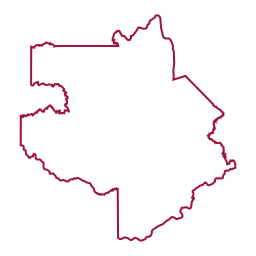 São Gabriel da Cachoeira, Amazonas, Brazil (Natural Earth projection)
{"feature_id": "56859067B34307291662166", "entity_name": "São Gabriel da Cachoeira", "entity_type": "district", "adm_level": 2, "iso_a3": "BRA", "parent_name": "Brazil", "parent_adm1": "Amazonas", "projection": "natural_earth1", "projection_center": [-67.662, 0.359], "detail": "fine", "context": "isolated", "style": "outline", "palette": "rose", "viewbox_px": 256, "rotation_deg": 0, "n_neighbors": 0, "source": "geoboundaries", "source_scale": "gbopen_adm2", "svg_char_len": 5776}
<svg xmlns="http://www.w3.org/2000/svg" viewBox="0 0 256 256"><path d="M141.3,240.6L145.0,239.3L146.2,237.4L147.1,236.9L149.3,236.7L150.9,235.3L151.7,233.5L151.9,231.3L152.5,229.9L158.5,226.0L162.9,224.1L166.4,220.9L168.6,219.8L171.5,217.2L173.5,217.2L176.1,218.9L177.2,219.1L179.0,218.2L180.7,218.0L181.8,217.2L182.4,216.5L182.5,215.4L181.6,213.3L180.4,212.0L180.3,211.2L181.9,207.6L183.4,207.7L186.1,207.2L189.3,208.6L190.2,208.5L190.9,207.6L191.4,206.1L191.6,202.4L192.6,200.3L193.9,198.8L193.7,197.8L192.3,198.2L192.1,197.8L193.5,194.2L193.4,193.1L192.7,192.0L192.6,191.2L192.9,190.7L194.5,189.9L196.3,188.1L198.2,187.2L199.8,185.8L203.0,184.7L204.7,182.6L205.9,182.6L207.7,184.9L208.6,185.3L212.4,183.9L215.0,181.5L214.9,179.7L216.0,178.4L216.5,178.2L217.8,178.7L219.2,178.1L221.2,178.5L222.7,178.1L223.4,174.9L224.6,174.0L224.8,171.3L226.1,170.5L228.3,170.7L229.0,170.4L230.3,168.9L231.3,169.3L232.6,169.1L233.0,168.6L235.3,167.9L235.3,164.7L234.7,162.1L233.6,160.5L232.8,160.4L232.5,161.0L231.9,161.1L230.7,160.4L229.7,161.8L229.5,163.5L228.9,163.9L228.1,163.5L227.3,164.2L226.6,161.2L225.1,158.8L224.6,159.2L225.3,158.5L225.6,156.9L224.7,156.7L224.4,157.3L223.5,156.7L225.4,154.4L224.8,153.8L223.3,153.3L222.8,153.4L222.7,154.1L222.4,153.8L223.0,152.8L223.0,152.4L223.6,152.2L223.5,151.2L223.9,150.5L223.4,149.4L223.7,147.5L223.4,147.0L222.5,146.5L222.0,145.4L221.3,145.1L221.4,144.5L220.5,143.0L219.8,142.7L219.0,143.1L216.9,143.0L215.5,141.9L215.0,142.7L214.5,141.6L212.6,140.7L212.1,139.6L211.2,139.0L210.2,139.3L209.4,138.8L209.5,138.2L209.0,137.4L208.5,137.3L208.6,136.4L207.9,135.7L208.2,135.4L208.8,135.7L209.7,134.4L209.6,134.0L210.1,134.2L210.9,133.2L211.8,133.2L211.9,132.6L212.5,132.5L212.8,133.0L213.1,132.9L212.8,131.4L213.3,130.1L213.9,129.8L213.6,129.1L214.0,128.9L214.5,129.3L214.7,129.1L214.7,127.9L214.3,127.7L214.5,127.3L214.0,126.7L214.3,125.2L213.5,124.2L213.8,123.6L213.7,122.6L214.2,122.4L214.0,121.8L214.6,121.0L214.9,121.2L214.7,120.8L215.6,120.5L215.7,119.7L216.3,119.4L216.9,120.0L217.7,118.2L218.7,118.3L219.2,117.5L220.0,117.6L220.7,116.8L221.0,117.1L221.4,116.2L222.2,116.1L223.2,115.4L222.9,114.6L223.4,114.5L223.5,113.4L222.9,113.3L222.4,111.9L221.3,111.4L221.0,110.5L219.2,109.2L217.6,108.6L216.2,106.7L215.5,107.0L213.3,105.4L213.2,104.3L185.4,75.9L173.4,79.7L173.7,77.5L173.4,70.2L174.2,63.2L173.8,51.5L172.8,48.9L173.0,45.9L171.6,41.9L169.9,39.0L169.0,38.5L165.4,38.4L163.6,37.4L163.2,36.6L161.1,28.2L160.2,17.7L159.2,16.2L157.9,15.4L155.7,15.5L154.8,17.5L150.1,20.6L149.5,21.5L149.2,23.6L147.7,24.8L146.6,27.8L146.0,28.5L143.3,28.7L139.3,27.5L138.3,27.6L135.7,31.9L133.6,34.7L132.4,35.7L130.8,36.0L131.2,37.9L130.9,38.5L130.3,38.8L129.9,39.8L129.4,40.1L127.7,39.9L124.1,35.9L121.8,35.8L121.0,33.7L120.4,33.3L120.0,32.0L119.1,30.8L118.2,31.3L117.8,30.9L116.9,31.2L116.1,32.3L115.6,32.2L113.8,34.3L113.3,37.2L112.7,38.3L112.6,40.3L114.3,40.1L113.7,42.2L114.1,43.5L115.0,43.5L115.9,42.7L116.7,42.8L117.6,43.6L117.1,44.6L118.1,44.9L118.3,46.0L65.5,45.9L54.9,46.1L54.4,46.4L54.4,45.8L52.7,44.5L51.4,44.0L51.1,44.3L50.5,44.2L50.2,43.8L50.0,44.3L49.6,44.1L49.6,43.5L49.2,43.9L46.2,42.4L45.4,43.2L42.3,44.8L41.9,45.7L41.4,45.3L39.5,45.7L39.5,45.0L38.6,45.2L38.0,44.9L37.7,45.2L36.4,45.2L34.6,46.5L34.2,47.6L33.7,47.3L32.3,47.6L31.9,47.3L32.1,46.9L31.2,46.6L31.1,84.6L31.9,85.4L32.8,85.5L33.3,85.3L34.2,83.6L35.2,82.9L36.5,82.5L37.0,82.7L38.0,82.1L38.3,84.7L39.4,85.1L40.1,84.4L43.4,83.4L44.4,84.4L45.5,84.8L47.8,84.9L49.3,84.4L51.6,84.7L52.1,84.8L52.2,86.2L53.2,86.5L55.1,84.0L56.1,84.4L58.1,83.9L58.9,85.4L59.5,85.5L59.8,85.9L61.0,85.8L64.1,89.1L64.2,89.7L63.3,90.6L64.1,91.3L65.8,92.1L66.3,92.9L64.9,93.7L65.2,95.5L65.9,95.5L67.7,97.0L67.4,98.5L66.2,98.5L66.2,99.9L66.9,101.0L67.2,102.6L66.9,103.7L66.4,104.0L65.8,103.8L65.1,104.6L65.1,105.6L67.3,107.4L68.8,110.6L68.7,111.4L67.8,110.8L65.4,110.2L64.8,110.5L64.2,113.2L63.7,113.0L62.4,113.4L62.1,113.0L61.0,113.1L60.0,113.4L59.3,113.3L60.0,112.4L59.6,111.4L59.9,110.8L59.1,110.6L57.9,111.6L57.1,111.2L57.1,111.9L56.2,112.8L55.7,111.9L53.6,109.9L53.6,109.1L52.2,107.9L52.1,107.0L51.0,106.6L50.5,105.5L49.9,105.4L49.0,105.9L48.4,106.8L47.5,107.1L47.1,107.6L47.2,108.6L45.5,108.5L45.5,109.2L44.2,110.0L44.0,111.2L43.5,111.2L43.4,111.8L42.0,111.4L40.8,109.6L39.6,109.3L39.1,109.6L39.0,110.4L37.7,111.0L37.3,112.5L36.5,112.7L36.0,112.2L32.9,115.2L32.7,114.6L31.8,114.1L31.5,114.5L30.9,114.3L28.9,115.0L28.5,114.6L27.5,114.4L26.9,115.7L26.1,116.3L24.8,115.9L24.6,115.3L23.1,115.3L23.5,115.9L23.3,116.7L22.3,117.2L21.9,116.9L21.7,116.1L20.8,116.0L20.7,145.3L22.4,145.5L23.5,146.2L23.8,147.1L23.7,149.0L23.9,149.7L25.1,150.0L25.6,150.6L26.1,154.5L27.9,155.9L29.1,157.9L30.0,157.9L30.9,156.7L32.8,156.5L33.5,154.2L34.0,153.8L34.7,154.0L35.6,155.3L35.5,157.3L36.1,158.9L37.6,159.6L39.8,159.4L40.6,159.9L41.3,161.0L43.5,162.6L43.5,167.2L44.2,168.8L45.0,169.4L46.7,169.6L48.8,170.9L49.5,171.6L49.6,173.3L50.1,173.8L53.0,173.3L53.6,173.7L54.2,174.7L55.4,175.6L56.4,177.9L58.7,178.6L59.9,180.3L61.4,180.5L63.4,179.9L65.4,180.7L66.5,181.5L68.7,181.3L69.3,180.2L71.4,179.2L73.0,179.4L73.2,178.8L74.0,178.4L75.6,178.6L76.8,177.9L78.9,178.4L81.8,180.0L82.7,180.8L84.3,181.0L86.0,182.2L90.3,183.5L91.7,186.4L93.0,187.4L94.0,189.0L94.3,191.0L94.7,191.7L97.1,193.5L97.3,193.3L97.8,193.9L99.3,194.4L99.6,194.0L100.5,194.6L100.9,194.2L101.6,194.6L102.6,194.3L104.4,194.8L105.7,193.2L107.6,193.1L108.2,192.3L108.6,192.4L109.7,191.3L111.4,190.6L111.4,190.1L112.1,189.8L112.5,190.2L112.7,189.3L113.5,189.8L113.9,189.3L115.3,188.8L115.5,189.2L116.6,189.2L116.9,189.5L116.9,189.0L117.3,189.4L117.7,189.2L118.1,238.0L119.8,239.0L121.8,238.9L123.2,237.9L125.0,237.4L127.7,238.1L130.6,240.1L132.7,239.5L133.9,238.3L135.0,237.9L136.7,238.2L140.0,240.5L141.3,240.6Z" fill="none" stroke="#9f1239" stroke-width="2"/></svg>